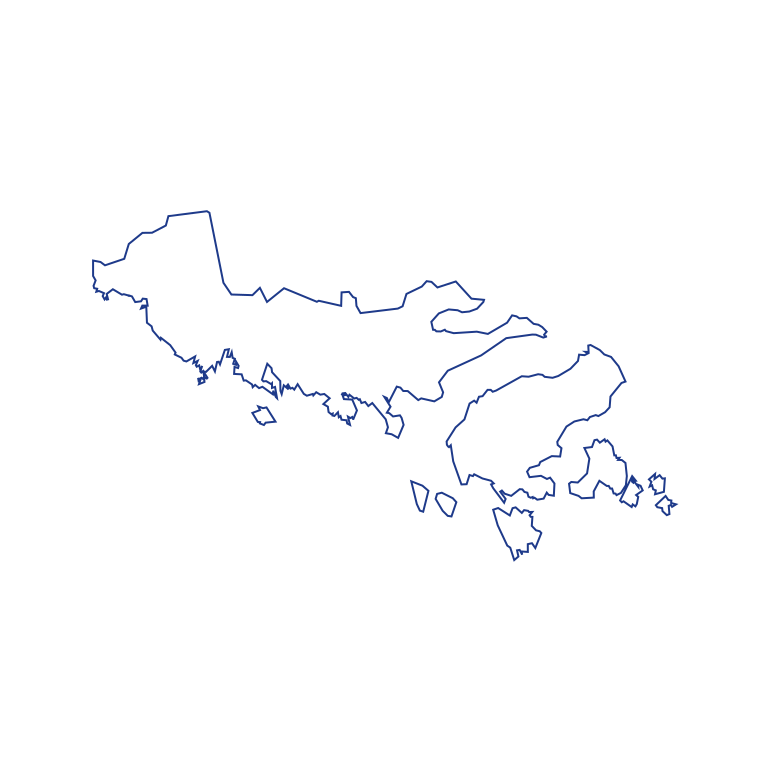 Harstad nor, Troms, Norway, rotated 110°
{"feature_id": "86288312B68786515183071", "entity_name": "Harstad nor", "entity_type": "district", "adm_level": 2, "iso_a3": "NOR", "parent_name": "Norway", "parent_adm1": "Troms", "projection": "orthographic", "projection_center": [16.539, 68.812], "detail": "fine", "context": "isolated", "style": "outline", "palette": "blue", "viewbox_px": 768, "rotation_deg": 110, "n_neighbors": 0, "source": "geoboundaries", "source_scale": "gbopen_adm2", "svg_char_len": 6147}
<svg xmlns="http://www.w3.org/2000/svg" viewBox="0 0 768 768"><g transform="rotate(110 384 384)"><path d="M367.5,699.6L382.0,694.3L385.3,690.4L391.1,690.5L393.1,689.1L392.6,686.1L395.7,685.9L394.1,683.7L394.4,678.2L397.6,678.4L400.1,675.5L398.0,674.9L399.5,673.3L398.8,672.3L394.2,675.4L387.7,671.2L389.7,660.8L388.6,659.2L388.2,654.1L389.2,653.7L388.0,653.7L387.9,650.8L392.1,645.8L389.4,640.6L386.3,639.9L385.4,636.2L391.2,632.9L393.0,637.9L396.2,638.1L392.7,633.8L407.5,627.7L409.3,622.1L412.9,619.6L418.8,609.2L416.9,609.4L420.6,598.2L425.8,590.6L427.8,590.7L428.6,583.3L430.6,580.3L430.4,577.4L422.7,570.9L429.5,570.3L426.0,567.0L430.7,567.2L431.8,565.9L429.7,564.0L433.4,561.6L429.2,561.0L435.1,560.9L435.8,559.6L433.7,558.3L438.3,555.6L441.2,555.6L440.5,557.6L442.9,559.8L441.9,560.8L444.6,559.2L443.0,557.9L447.4,557.8L443.5,553.4L439.1,555.4L439.5,552.4L438.6,552.0L434.0,557.9L433.5,555.4L425.7,551.7L430.0,547.2L420.4,548.4L419.6,546.9L421.7,544.8L406.4,545.2L404.4,541.7L412.2,540.8L411.3,538.1L406.2,538.0L411.2,535.2L411.3,532.8L416.6,532.6L416.6,529.7L413.6,530.6L416.7,526.8L418.9,526.6L419.1,530.3L425.8,528.3L423.6,521.1L428.8,517.0L427.8,515.0L429.6,507.8L431.9,506.3L428.9,504.8L430.6,500.0L428.2,497.3L431.7,484.9L428.2,485.8L433.2,481.2L433.9,479.7L424.0,485.4L426.0,487.9L421.6,489.5L422.7,490.0L421.6,495.7L422.8,498.2L421.8,500.1L404.9,500.6L407.6,495.1L411.2,493.2L416.7,482.5L425.8,479.0L428.5,476.7L419.5,477.7L421.7,471.9L419.0,474.6L417.3,474.0L420.3,470.3L418.9,468.7L420.0,466.4L413.7,465.1L420.7,456.0L421.4,452.5L417.7,447.5L418.9,446.5L414.9,444.9L415.8,440.2L413.8,436.7L416.0,430.2L423.6,434.1L424.5,429.0L429.3,426.5L430.4,423.4L429.3,422.1L431.2,421.7L431.0,419.7L426.3,417.6L430.7,415.1L429.0,413.9L432.1,411.7L430.9,406.8L433.7,405.1L434.1,401.9L427.0,406.7L427.5,403.9L425.9,402.6L427.4,401.3L427.3,400.8L418.1,400.4L409.5,408.5L411.9,416.5L409.1,418.8L407.8,416.9L408.0,419.9L407.0,419.8L405.7,417.3L408.3,413.1L405.9,412.8L407.8,407.0L406.4,405.0L407.5,402.3L406.6,401.5L409.6,398.7L407.3,395.6L410.1,391.2L405.9,388.5L416.6,370.3L423.3,365.5L429.6,365.4L428.6,359.6L429.8,352.3L415.7,351.6L409.8,355.9L408.0,358.3L411.4,364.4L409.6,369.1L410.0,371.5L403.1,370.1L396.0,379.3L396.2,376.5L399.6,373.3L382.1,371.1L381.8,367.3L384.0,363.5L382.5,359.3L387.4,346.3L384.8,344.1L383.1,330.8L376.4,325.3L371.6,325.6L363.6,332.9L349.7,328.6L323.9,302.5L299.1,284.8L286.8,261.5L285.7,258.1L285.9,250.2L283.6,247.2L284.1,249.1L282.9,250.4L279.2,249.1L276.4,254.8L275.5,259.2L276.3,264.0L273.0,272.4L276.0,279.2L275.1,282.6L275.7,287.1L284.3,289.3L301.4,303.5L303.1,314.7L312.4,335.9L313.1,343.8L312.2,345.4L315.2,348.6L316.6,352.8L315.7,354.8L316.3,356.4L309.4,360.8L298.9,356.6L291.8,348.7L289.5,340.0L289.9,335.2L286.7,328.6L281.4,322.3L273.0,318.7L270.7,318.8L273.9,331.0L263.1,351.6L275.0,366.8L271.8,374.3L272.8,379.1L279.5,381.8L291.7,393.7L304.6,393.1L308.4,396.8L325.4,430.3L320.0,436.6L313.0,439.8L312.9,442.8L309.4,448.4L312.4,455.2L325.2,451.0L328.1,473.8L329.7,475.2L328.2,510.7L346.9,522.0L336.1,533.5L345.5,538.0L352.1,558.0L343.8,569.5L282.8,606.6L282.2,609.5L300.0,644.0L309.7,643.2L321.2,653.7L324.6,662.7L339.7,671.7L355.2,670.9L367.9,686.8L366.3,692.1L367.5,699.6ZM318.3,166.9L301.8,161.2L299.1,157.9L287.1,169.6L280.9,179.9L280.9,187.1L278.3,192.8L276.7,203.2L278.0,205.2L283.9,202.7L284.9,205.7L285.5,202.8L288.3,205.4L289.7,210.7L296.0,209.6L305.9,214.0L316.9,223.0L320.5,227.7L322.3,235.5L321.2,238.2L322.1,242.5L327.7,250.6L329.6,257.2L351.8,276.4L354.1,279.2L353.0,281.7L354.1,284.7L361.7,287.2L363.5,290.4L369.9,290.6L368.8,293.6L373.1,296.9L389.8,296.3L400.3,301.9L416.6,305.5L419.6,304.1L420.8,302.4L421.1,301.3L418.7,300.3L433.0,292.5L451.9,276.9L449.9,272.1L440.3,272.5L440.1,268.9L438.0,268.4L439.1,259.2L438.3,250.3L439.9,246.9L441.7,249.0L444.6,245.7L454.5,230.5L450.4,230.4L445.4,238.0L443.8,236.8L445.8,233.1L445.6,226.2L436.4,220.5L435.7,217.9L437.4,215.1L437.1,212.1L440.5,209.7L440.7,207.2L439.3,205.6L440.4,204.8L439.4,203.7L440.3,200.4L437.1,194.8L430.4,193.9L431.9,191.4L430.9,186.2L419.2,189.8L415.2,195.9L417.5,198.4L416.6,205.1L421.8,215.4L417.4,219.6L412.9,218.3L407.3,210.6L403.9,210.5L394.4,201.7L391.9,193.7L383.6,195.3L381.9,199.9L379.1,201.4L361.6,198.0L354.1,192.3L348.9,184.5L348.5,180.5L344.6,179.2L340.8,174.4L340.8,171.6L334.9,166.6L328.7,164.0L318.3,166.9ZM405.3,124.1L396.4,122.1L387.5,124.3L375.6,130.1L374.1,134.6L375.3,138.1L372.8,137.5L374.0,140.2L371.7,141.7L372.3,143.2L364.5,147.9L360.6,154.8L362.4,156.1L360.5,157.8L365.3,161.1L363.4,164.8L364.8,167.0L372.1,167.0L375.6,173.8L383.9,165.5L398.6,162.6L410.3,168.2L412.0,174.5L414.4,176.0L422.8,171.7L422.6,162.9L423.8,159.2L419.0,148.0L413.2,150.2L401.3,148.5L403.6,139.8L402.9,138.0L404.9,135.6L404.2,133.9L408.3,130.8L407.8,128.9L408.9,127.5L405.3,124.1ZM486.4,185.7L470.2,185.2L469.1,187.3L469.5,191.1L466.8,196.6L458.1,199.1L458.6,200.8L457.5,202.3L453.5,200.9L454.7,203.9L453.9,205.1L454.6,209.2L458.0,210.4L454.9,218.1L456.7,220.7L464.5,220.8L461.5,234.3L464.8,238.4L477.9,228.8L493.7,212.9L494.6,209.4L504.9,201.4L500.1,198.7L494.8,202.1L493.5,199.8L497.1,195.8L494.3,197.4L492.6,191.4L485.3,194.1L483.0,190.5L486.4,185.7ZM395.5,104.5L391.9,108.1L391.8,110.8L393.7,109.9L390.0,115.6L391.5,115.9L390.9,117.5L388.3,118.5L389.6,115.7L388.8,114.2L385.7,119.3L412.7,122.3L413.8,120.1L412.3,118.8L414.9,109.2L412.1,109.1L413.0,105.9L410.3,105.4L403.1,106.5L402.1,109.1L395.5,104.5ZM485.4,275.3L470.3,275.6L467.8,280.3L466.4,292.5L469.1,296.5L474.3,296.2L483.1,285.5L486.1,279.0L485.4,275.3ZM490.6,303.5L469.2,305.7L466.4,313.1L466.1,325.1L485.6,312.1L490.7,307.0L490.6,303.5ZM460.8,482.0L456.5,473.1L446.2,486.4L448.1,489.4L448.1,494.5L450.9,491.6L456.2,497.8L462.8,489.6L462.2,487.4L463.5,487.2L463.6,482.8L460.8,482.0ZM389.6,84.1L376.6,87.8L377.7,90.0L375.4,93.8L380.7,97.3L375.8,98.5L383.0,102.4L384.4,99.3L389.5,99.3L387.5,97.4L390.9,95.1L391.0,92.2L394.9,91.6L389.6,84.1ZM400.9,71.3L397.2,68.4L397.6,73.5L395.2,74.1L395.7,77.2L392.9,81.1L404.9,87.1L406.3,85.0L405.5,80.2L408.2,78.8L410.5,73.4L408.6,71.3L401.1,74.8L399.5,73.0L400.9,71.3Z" fill="none" stroke="#1e3a8a" stroke-width="2"/></g></svg>